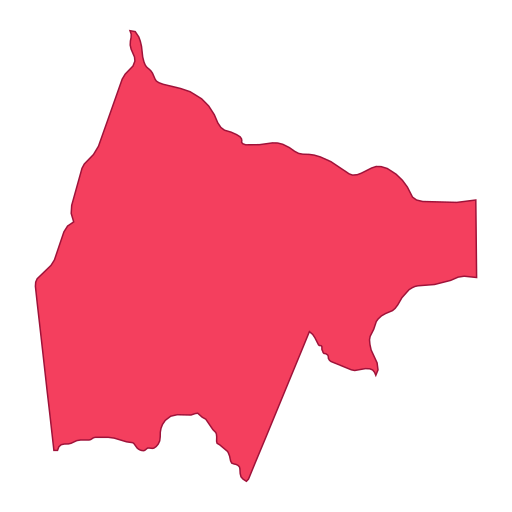 outline of Gash Barka
{"feature_id": "ERI-1560", "entity_name": "Gash Barka", "entity_type": "Region", "adm_level": 1, "iso_a3": "ERI", "parent_name": "Eritrea", "parent_adm1": "", "projection": "orthographic", "projection_center": [37.465, 15.27], "detail": "fine", "context": "isolated", "style": "filled", "palette": "rose", "viewbox_px": 512, "rotation_deg": 0, "n_neighbors": 0, "source": "natural_earth", "source_scale": "10m", "svg_char_len": 2635}
<svg xmlns="http://www.w3.org/2000/svg" viewBox="0 0 512 512"><path d="M53.9,450.4L49.9,414.8L47.1,390.8L44.4,366.5L42.3,347.8L41.1,337.1L37.4,304.7L35.4,286.3L35.7,282.1L37.2,278.7L51.0,265.4L54.4,260.0L63.9,231.9L67.6,226.0L73.7,221.9L71.2,213.4L71.7,205.3L82.0,168.3L84.3,164.0L93.5,154.5L98.5,146.2L107.5,120.8L116.0,96.7L122.2,79.1L125.2,74.1L133.0,66.0L134.9,61.1L134.5,57.0L131.1,49.1L130.2,45.1L130.4,41.0L131.1,37.5L131.2,34.1L130.0,30.7L135.2,31.6L138.8,37.0L140.3,41.2L141.5,46.3L142.7,57.0L143.9,61.8L145.1,64.8L146.4,66.8L147.8,68.1L149.4,69.4L151.0,71.0L152.5,73.2L155.1,79.2L156.4,81.1L158.9,82.7L163.2,84.3L180.6,88.5L190.1,91.7L201.6,98.8L208.7,106.0L214.3,114.7L217.8,122.9L220.9,127.5L224.5,130.2L231.0,132.1L236.6,134.6L240.1,136.8L241.5,138.8L241.8,140.5L241.6,142.4L242.9,143.8L245.7,144.8L259.3,144.7L272.4,142.9L277.6,143.0L282.8,144.3L289.4,147.6L294.6,151.3L298.6,153.4L302.8,154.2L309.3,154.4L314.2,155.1L320.3,156.9L331.0,161.7L349.2,173.9L352.6,175.1L357.3,174.7L361.3,173.2L371.6,168.0L376.1,166.5L381.1,166.6L387.3,168.5L396.1,174.2L402.4,180.3L407.4,187.1L412.5,197.1L416.5,200.0L422.7,201.5L456.8,202.4L475.8,200.0L476.6,277.5L464.2,276.2L458.2,277.1L450.6,280.4L434.5,284.5L417.9,285.8L415.1,286.4L412.4,287.6L409.0,289.7L401.9,297.7L397.8,304.8L395.1,308.4L392.5,310.6L385.6,313.5L381.4,315.9L378.1,319.0L376.3,321.5L373.7,329.3L370.1,336.4L369.5,339.8L369.9,344.3L371.1,349.9L377.1,362.9L378.0,369.9L375.8,375.3L374.6,372.4L372.7,370.0L369.8,368.8L365.4,368.6L354.7,370.5L351.3,369.8L331.0,361.5L329.5,360.3L328.4,358.4L328.3,356.7L327.9,355.2L326.0,353.8L323.9,353.4L323.1,352.5L322.7,351.2L322.0,349.8L321.9,349.2L321.9,347.2L321.8,346.4L321.2,345.7L319.3,345.5L318.5,344.8L314.9,337.7L312.7,334.4L309.4,331.6L301.8,350.1L289.7,379.4L277.7,408.5L266.0,436.9L255.2,462.8L248.5,479.1L246.4,481.3L243.0,479.1L241.0,476.8L240.2,473.6L239.9,468.6L239.4,466.8L237.9,465.3L236.0,464.4L234.1,464.0L231.7,463.1L230.6,460.9L229.6,456.1L228.2,452.5L227.4,451.3L219.8,444.9L217.1,443.3L216.6,441.3L216.7,436.9L216.4,434.0L215.7,432.4L212.9,429.6L205.8,419.2L202.2,417.2L197.7,413.2L195.1,413.6L191.0,415.0L177.2,414.7L170.7,416.2L165.3,420.3L162.5,424.4L161.0,428.3L160.3,432.2L160.2,436.8L159.7,440.9L158.2,444.1L156.2,446.5L153.9,448.1L152.4,448.4L149.0,448.0L147.5,448.1L144.8,450.3L143.7,450.7L141.7,450.5L140.1,450.0L138.6,449.2L137.2,448.1L133.8,443.4L132.7,442.7L126.5,441.8L114.2,438.1L108.2,437.3L95.4,437.3L93.6,437.7L90.6,439.6L89.0,440.0L80.5,440.0L76.8,440.6L71.0,443.3L68.4,443.9L64.4,444.0L61.2,444.7L58.9,446.7L57.5,450.4L53.9,450.4Z" fill="#f43f5e" stroke="#9f1239" stroke-width="1.5"/></svg>